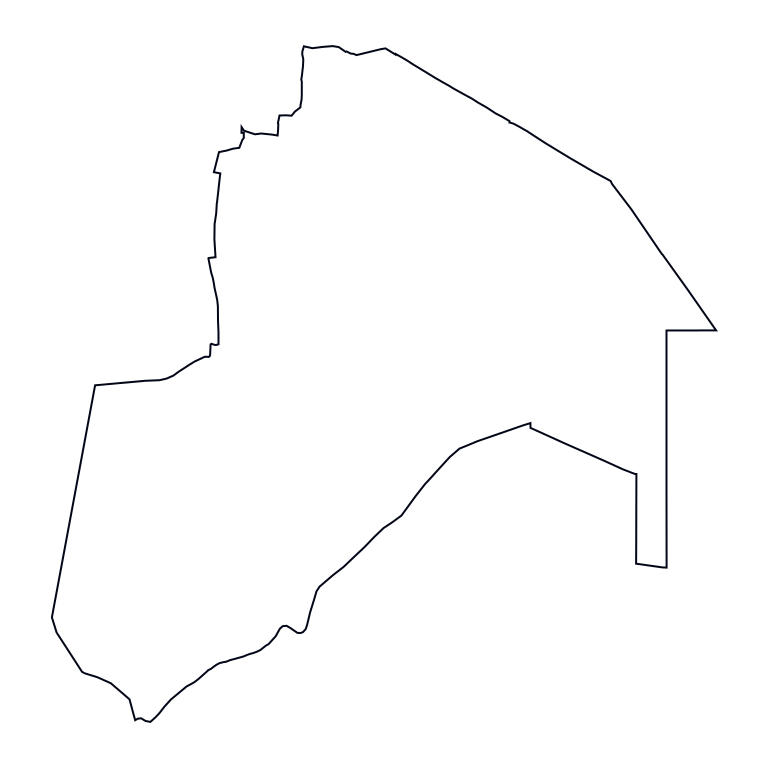 the district of San Pedro Comitancillo, Oaxaca, Mexico
{"feature_id": "50627088B8871581884513", "entity_name": "San Pedro Comitancillo", "entity_type": "district", "adm_level": 2, "iso_a3": "MEX", "parent_name": "Mexico", "parent_adm1": "Oaxaca", "projection": "equal_earth", "projection_center": [-95.171, 16.462], "detail": "fine", "context": "isolated", "style": "outline", "palette": "ink", "viewbox_px": 768, "rotation_deg": 0, "n_neighbors": 0, "source": "geoboundaries", "source_scale": "gbopen_adm2", "svg_char_len": 2793}
<svg xmlns="http://www.w3.org/2000/svg" viewBox="0 0 768 768"><path d="M129.5,699.3L133.6,714.5L135.2,720.2L137.7,718.7L141.1,718.3L145.6,721.0L150.4,721.9L156.0,716.8L159.7,712.8L164.3,706.8L170.9,699.5L186.4,686.6L194.2,682.3L198.7,678.8L207.8,670.7L208.0,670.3L210.9,668.9L213.6,666.8L216.4,664.8L219.6,663.1L223.2,662.2L226.3,661.7L229.9,660.2L233.6,659.2L236.6,658.4L240.2,657.4L243.7,656.4L246.7,655.1L249.7,654.0L253.4,653.0L256.7,651.8L260.4,650.0L265.8,645.7L268.6,644.1L273.1,639.1L274.3,637.8L275.8,636.1L277.7,632.6L279.8,628.8L282.6,626.2L286.6,625.8L290.7,628.2L293.8,630.4L297.5,632.9L300.7,633.0L303.0,632.1L305.7,629.1L307.1,624.9L310.1,612.4L313.9,600.2L316.5,591.3L319.6,586.6L326.6,580.6L333.4,574.8L343.6,566.9L354.7,556.3L364.7,546.9L373.9,537.3L383.5,528.1L392.5,522.1L401.4,515.6L415.7,496.0L425.1,484.0L430.9,477.8L436.9,471.1L444.0,463.3L449.9,456.9L459.5,448.6L467.9,445.2L477.7,441.1L523.3,425.3L530.4,423.1L530.5,427.9L563.6,442.9L605.3,461.3L622.6,469.2L634.9,474.0L636.4,474.0L636.2,547.2L636.1,563.7L662.4,567.4L666.6,567.6L666.5,489.5L666.5,330.5L716.1,330.4L687.7,289.7L662.7,254.8L661.7,253.8L659.7,250.9L631.4,209.4L612.0,183.9L610.9,181.5L610.6,181.0L593.4,171.7L570.0,158.1L545.8,143.4L529.0,132.5L527.3,131.3L527.0,131.1L524.6,129.8L522.5,128.6L520.3,127.3L519.8,127.0L517.5,125.8L513.6,123.7L510.7,122.8L510.0,122.5L509.5,122.5L509.6,121.6L509.4,121.0L508.6,120.6L502.4,116.9L495.6,113.4L487.0,107.7L477.9,102.5L471.7,98.5L463.7,94.2L453.6,88.6L449.1,85.8L445.9,84.0L442.8,82.3L440.1,80.7L435.2,77.9L412.9,64.3L406.6,60.2L398.8,55.7L395.6,53.9L395.5,54.2L395.5,54.6L385.5,48.4L380.7,49.2L356.5,55.1L353.5,53.8L351.7,53.7L350.1,53.3L346.7,51.5L345.7,51.9L338.8,47.1L332.7,46.1L322.8,46.9L312.4,48.2L303.9,46.3L303.7,47.0L302.4,51.4L302.2,54.0L303.3,59.3L303.0,66.0L302.0,74.9L301.3,79.6L301.6,80.8L301.8,81.6L301.8,88.8L301.8,94.7L301.6,99.3L300.5,105.3L300.4,107.4L295.0,111.5L291.6,115.7L286.3,115.3L279.5,115.5L277.9,123.3L278.3,124.0L278.1,129.6L277.6,135.5L272.1,134.6L261.3,133.5L255.0,134.3L244.0,130.7L241.6,127.1L241.5,132.8L243.1,132.9L243.8,132.9L243.8,137.9L242.3,140.0L239.3,147.8L233.0,148.7L228.1,150.1L227.4,150.4L219.0,152.1L213.9,172.2L220.3,173.4L219.2,182.7L217.9,194.8L217.0,202.5L216.8,203.4L216.2,213.4L214.8,222.8L214.6,223.6L214.4,239.3L215.5,257.2L208.8,258.0L208.4,258.3L211.1,272.3L212.8,278.0L213.7,282.5L214.5,287.6L217.2,299.9L217.9,306.5L218.0,320.4L218.5,332.9L218.5,344.3L216.1,345.0L214.7,344.9L211.5,343.8L210.6,344.4L210.1,355.0L209.6,356.4L208.6,356.9L205.2,356.7L203.4,357.4L194.9,361.4L189.9,364.4L178.4,371.9L173.4,375.6L166.5,378.6L159.5,380.2L145.0,380.8L95.1,385.3L51.9,617.4L56.6,632.5L82.1,671.9L85.0,673.4L97.0,677.1L97.6,677.3L110.9,683.3L129.5,699.3Z" fill="none" stroke="#020617" stroke-width="2"/></svg>